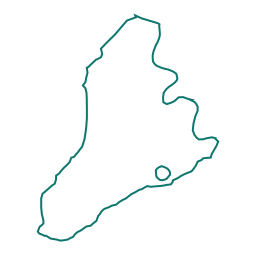 Goranboy District, Goranboy, Azerbaijan
{"feature_id": "54616110B75141866412524", "entity_name": "Goranboy District", "entity_type": "district", "adm_level": 2, "iso_a3": "AZE", "parent_name": "Azerbaijan", "parent_adm1": "Goranboy", "projection": "equal_earth", "projection_center": [46.678, 40.575], "detail": "fine", "context": "isolated", "style": "outline", "palette": "teal", "viewbox_px": 256, "rotation_deg": 0, "n_neighbors": 0, "source": "geoboundaries", "source_scale": "gbopen_adm2", "svg_char_len": 2420}
<svg xmlns="http://www.w3.org/2000/svg" viewBox="0 0 256 256"><path d="M159.5,24.3L158.1,23.3L141.8,18.4L135.2,15.4L135.9,17.3L126.9,20.6L115.2,34.3L109.0,40.4L105.7,43.7L100.9,48.7L102.2,53.9L101.0,57.2L97.9,58.9L95.8,59.8L91.0,64.4L88.5,66.9L86.8,67.7L87.5,72.9L86.3,77.4L85.4,82.0L83.3,84.9L82.9,85.5L85.4,88.3L86.5,92.7L86.8,99.5L86.8,102.2L86.9,109.5L86.9,118.0L86.3,126.6L85.5,132.8L84.5,139.2L82.1,146.9L81.4,147.6L79.5,150.0L78.0,152.2L76.2,154.1L74.1,156.8L71.2,157.8L69.7,162.0L67.5,164.4L66.6,165.3L63.5,168.2L61.0,171.1L59.1,173.5L56.1,175.6L56.0,179.6L54.7,183.8L52.1,185.5L49.7,187.6L45.0,191.7L42.5,193.8L41.2,198.5L41.2,203.1L41.2,207.9L41.9,214.2L43.4,220.4L43.4,223.4L42.2,224.8L39.7,226.7L38.7,229.2L37.8,231.6L39.2,233.5L41.9,234.6L42.0,234.6L44.7,235.9L45.9,235.7L48.3,237.1L50.8,238.6L54.1,239.1L56.8,239.6L60.3,240.6L64.2,240.2L67.8,239.5L70.6,237.9L73.1,236.9L74.9,234.3L77.4,232.1L80.4,230.7L83.2,228.8L86.3,226.5L90.6,225.7L92.7,223.8L93.0,223.5L96.4,220.9L98.1,216.1L100.0,213.9L101.5,211.4L104.3,208.9L108.9,207.2L111.9,205.6L116.3,204.6L119.1,202.1L122.4,200.1L126.1,198.3L129.1,195.9L131.6,194.0L135.1,192.3L139.3,189.8L141.8,189.2L144.0,187.8L147.2,186.1L150.9,186.8L154.6,186.4L160.1,186.0L163.8,185.5L166.7,184.9L170.8,184.4L172.7,181.9L172.8,180.4L178.0,178.0L180.8,176.0L184.2,174.3L187.0,173.1L191.4,171.4L193.8,168.6L196.0,165.3L197.7,161.6L201.6,160.0L203.1,158.3L206.9,157.9L210.7,157.6L211.7,154.1L214.0,150.1L216.5,145.8L218.2,141.6L214.9,138.2L215.0,138.1L211.9,137.3L206.0,138.4L203.1,139.3L198.9,139.4L196.5,137.6L194.2,134.3L192.8,130.4L193.4,124.3L193.5,123.5L194.6,119.2L195.6,115.5L197.6,110.9L197.7,107.0L196.2,103.9L194.7,102.1L190.4,99.9L191.2,99.7L187.1,98.6L183.1,97.1L178.7,97.3L174.5,101.1L171.2,102.7L166.8,104.1L163.4,102.3L163.0,98.0L163.7,92.8L166.3,89.2L168.8,86.9L172.2,84.6L174.6,82.7L176.8,80.4L177.4,78.3L176.3,73.8L173.9,72.0L171.4,70.8L167.8,69.4L164.3,68.7L160.8,67.5L157.2,66.0L155.1,64.5L153.1,61.7L152.7,58.6L152.7,58.3L152.7,55.2L153.4,51.7L154.9,47.8L155.7,45.5L157.4,42.6L159.2,38.1L159.9,34.7L159.7,31.1L159.2,25.9L159.5,24.3ZM162.0,166.3L164.0,166.9L167.4,168.6L168.8,170.2L169.9,172.0L170.0,174.8L168.4,176.7L167.7,177.5L166.5,178.9L163.0,180.2L160.3,180.1L158.1,178.5L156.5,176.8L156.2,175.0L156.0,173.1L155.9,172.0L155.8,170.6L155.9,170.2L157.0,168.7L158.8,167.3L161.8,166.2L162.0,166.3Z" fill="none" stroke="#0f766e" stroke-width="2"/></svg>